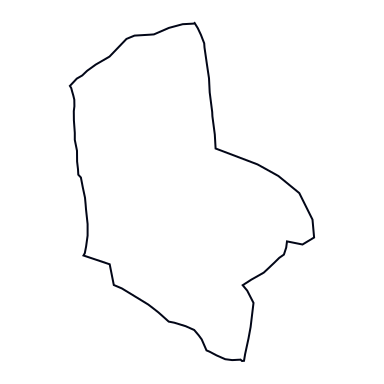 the district of Qift, Qina, Egypt
{"feature_id": "37247803B3351007317987", "entity_name": "Qift", "entity_type": "district", "adm_level": 2, "iso_a3": "EGY", "parent_name": "Egypt", "parent_adm1": "Qina", "projection": "mercator", "projection_center": [32.817, 25.997], "detail": "fine", "context": "isolated", "style": "outline", "palette": "ink", "viewbox_px": 384, "rotation_deg": 0, "n_neighbors": 0, "source": "geoboundaries", "source_scale": "gbopen_adm2", "svg_char_len": 1262}
<svg xmlns="http://www.w3.org/2000/svg" viewBox="0 0 384 384"><path d="M244.0,360.8L245.1,354.2L248.5,338.5L250.6,327.1L253.5,302.9L247.2,290.6L242.7,285.2L251.4,279.6L263.8,272.6L273.8,263.2L279.3,257.8L283.9,254.6L286.2,247.6L287.0,241.4L302.5,244.5L314.1,237.5L312.5,219.6L299.3,193.1L278.4,176.0L257.5,164.4L215.6,148.5L214.8,134.5L212.4,116.2L212.2,112.0L209.7,92.4L209.0,78.3L206.7,62.8L204.5,47.5L204.2,43.3L202.6,39.2L201.0,35.0L197.8,28.2L194.6,23.0L193.8,23.6L182.7,24.2L168.9,27.9L153.9,34.4L149.8,34.7L141.4,35.2L134.5,35.6L126.5,38.9L109.5,56.6L95.7,64.6L87.4,70.6L86.7,71.2L82.2,75.5L76.8,78.6L75.4,80.1L74.1,81.5L70.0,85.8L69.9,85.9L71.2,88.0L72.2,91.7L73.3,95.5L74.3,99.7L74.4,106.3L73.8,111.1L73.9,120.3L74.8,132.9L74.8,139.9L77.0,150.8L77.1,161.6L78.0,169.3L78.3,174.7L80.9,177.5L82.4,185.3L82.8,187.4L85.0,197.7L85.6,204.2L86.0,209.2L87.6,224.1L87.6,234.7L87.6,235.6L86.1,246.5L84.8,253.2L83.5,255.5L109.7,264.3L113.8,285.0L121.8,288.4L122.8,289.0L148.2,304.5L153.3,308.4L158.4,312.4L162.8,316.3L168.7,321.6L174.3,322.7L185.7,326.2L194.2,330.0L198.7,335.3L201.7,339.4L206.5,350.4L209.4,351.6L216.6,355.4L225.2,359.2L232.2,360.1L237.8,359.8L239.8,359.7L240.5,359.6L242.0,361.0L244.0,360.8Z" fill="none" stroke="#020617" stroke-width="2"/></svg>